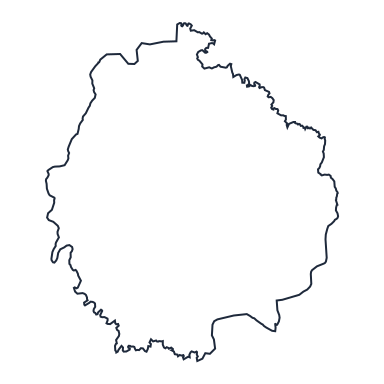 outline of Sikasso, Sikasso, Mali
{"feature_id": "8926073B43266503533040", "entity_name": "Sikasso", "entity_type": "district", "adm_level": 2, "iso_a3": "MLI", "parent_name": "Mali", "parent_adm1": "Sikasso", "projection": "robinson", "projection_center": [-5.843, 11.532], "detail": "fine", "context": "isolated", "style": "outline", "palette": "slate", "viewbox_px": 384, "rotation_deg": 0, "n_neighbors": 0, "source": "geoboundaries", "source_scale": "gbopen_adm2", "svg_char_len": 5851}
<svg xmlns="http://www.w3.org/2000/svg" viewBox="0 0 384 384"><path d="M54.9,166.6L52.8,167.1L48.4,170.0L47.4,171.1L48.7,174.1L48.6,175.3L47.4,177.6L46.1,179.2L45.9,180.8L46.6,183.8L46.9,188.7L48.6,193.6L49.7,195.3L54.4,197.7L54.6,198.6L54.1,200.0L54.2,202.8L51.9,209.8L48.1,213.2L47.1,217.6L48.8,220.1L53.3,221.8L57.8,225.8L58.8,228.2L57.5,231.8L57.6,234.0L58.9,237.4L56.0,242.5L55.6,244.0L55.7,246.0L53.7,249.1L52.4,252.1L51.4,258.9L51.6,260.2L53.0,262.3L54.4,262.6L56.2,260.5L57.3,258.1L58.2,252.9L60.3,249.3L64.2,247.4L66.6,245.6L69.4,245.1L72.1,247.0L72.6,249.1L71.9,251.2L70.6,252.8L70.7,257.3L69.3,260.2L69.4,263.9L70.5,265.1L71.0,267.0L72.8,269.9L73.9,270.5L75.6,269.9L76.6,271.1L77.9,273.8L78.2,275.6L80.9,280.7L77.8,287.6L76.6,288.3L74.7,287.4L73.9,287.9L75.1,291.6L77.4,293.7L82.6,293.1L84.5,293.8L85.9,294.9L87.0,297.5L87.0,299.0L87.6,300.3L84.1,302.6L84.3,304.7L85.0,305.4L89.5,302.7L90.5,301.7L92.7,301.9L94.4,302.8L95.0,303.6L95.2,306.8L93.8,309.1L93.5,311.0L94.1,312.4L95.3,312.9L96.2,314.5L97.5,314.2L98.1,312.4L101.0,309.7L101.9,310.3L102.2,310.9L100.2,315.1L100.6,316.7L102.2,317.2L104.5,317.1L107.5,318.6L107.7,320.1L106.5,323.3L107.6,323.9L110.1,324.1L114.9,320.6L115.3,323.3L116.3,324.3L118.1,324.0L118.7,325.7L116.3,327.9L117.1,329.9L118.6,330.9L119.3,333.9L118.9,336.0L116.1,340.0L116.8,343.4L115.9,343.9L115.0,345.9L115.3,350.5L116.1,351.3L116.3,352.5L117.7,351.7L118.6,349.7L121.5,345.9L123.0,347.5L122.8,350.5L123.7,351.6L126.3,351.5L129.7,349.6L129.8,348.6L128.3,347.6L128.1,346.7L128.7,345.8L130.1,345.9L130.9,346.6L133.1,346.5L134.3,346.9L135.2,349.3L135.9,350.3L137.2,349.9L139.1,350.1L140.9,348.2L142.9,348.4L145.0,351.1L146.5,351.7L147.8,349.0L148.3,346.1L150.5,346.6L150.9,344.0L149.5,342.5L151.0,339.3L153.1,341.4L156.1,340.5L157.0,341.5L158.2,341.6L159.1,341.1L161.9,341.4L162.8,341.1L162.8,344.7L164.0,347.5L165.4,348.3L166.7,347.2L168.5,348.0L168.9,348.7L171.2,347.6L172.9,349.0L172.8,349.8L171.6,350.3L173.9,351.5L174.8,354.2L177.4,354.6L178.0,356.3L179.7,355.0L181.5,355.6L183.3,355.1L183.8,356.0L183.0,357.3L183.7,359.3L188.2,356.7L189.7,357.3L189.4,354.7L190.6,352.3L191.6,351.4L194.7,352.5L196.5,351.6L197.0,352.1L196.8,354.6L197.8,356.5L196.7,357.8L197.3,361.0L202.4,358.7L205.3,353.2L209.9,353.8L215.1,348.6L213.9,339.4L211.9,335.4L212.5,324.7L214.2,321.2L217.4,319.4L233.8,315.5L246.8,314.1L250.1,316.0L252.5,317.8L254.3,318.3L256.4,320.3L261.6,324.0L262.6,324.4L264.0,326.0L266.2,327.5L272.1,330.8L275.2,331.2L275.6,327.8L275.1,323.3L276.6,325.8L276.5,325.4L277.4,324.3L278.9,321.4L279.6,317.7L279.2,315.0L277.4,310.3L276.7,300.5L282.3,299.8L299.3,294.8L303.4,291.6L307.2,289.6L310.1,286.6L311.3,283.9L310.8,274.0L311.1,271.8L312.0,270.2L317.0,266.3L324.0,263.5L325.0,262.9L325.9,261.6L326.7,257.8L325.5,239.3L325.8,234.5L327.3,228.8L328.3,226.0L331.5,223.8L334.1,221.2L334.9,219.8L336.7,218.8L337.6,217.8L338.1,216.2L337.5,213.3L335.9,210.4L336.1,207.5L336.8,205.0L337.4,204.8L335.9,200.1L336.2,199.7L336.3,197.6L336.8,196.5L337.2,193.8L337.7,193.3L337.6,192.4L336.3,190.6L335.8,188.5L334.7,186.8L334.3,181.4L332.5,179.0L330.9,177.7L330.6,175.9L328.8,174.6L327.3,174.9L324.6,174.6L321.8,175.4L320.7,174.6L320.7,174.2L318.3,172.6L318.0,169.3L319.2,168.2L320.1,166.4L320.4,164.3L321.8,162.5L323.9,157.2L323.7,153.5L322.9,151.6L323.8,149.9L324.1,146.3L325.0,144.1L325.2,140.5L324.7,138.9L324.9,137.4L324.1,137.0L322.8,137.4L321.6,138.4L319.6,137.6L318.3,136.4L319.6,135.4L319.8,134.5L319.1,134.0L318.4,131.8L316.9,132.2L315.5,130.2L313.4,129.9L311.1,127.5L310.3,128.4L309.1,128.3L308.7,127.6L307.7,128.1L307.0,126.6L306.4,126.7L305.2,129.0L304.8,127.7L303.5,127.9L303.3,126.9L302.2,125.7L300.8,125.9L299.8,124.2L299.0,123.9L298.0,124.5L297.1,123.6L295.6,123.3L294.8,122.7L294.9,122.0L293.4,122.0L289.0,123.9L287.4,127.4L286.7,125.0L287.0,123.3L284.9,121.2L285.9,119.6L285.8,116.1L284.2,115.9L283.4,115.3L281.0,115.3L277.4,113.3L278.2,110.5L277.5,109.1L275.5,108.9L274.5,108.1L273.4,108.5L273.3,109.5L272.1,109.1L271.2,107.7L272.2,105.9L271.4,104.6L273.4,102.3L273.7,100.1L272.3,98.1L270.7,96.9L268.7,97.3L267.7,96.5L268.3,94.8L269.5,93.4L269.0,91.9L264.9,90.1L264.1,87.6L263.3,87.1L261.9,87.1L259.6,88.0L259.1,87.1L259.7,86.0L259.6,84.4L255.5,82.0L254.4,82.6L254.2,84.0L255.2,85.2L255.1,85.8L253.8,86.2L252.1,86.0L250.7,85.1L249.0,86.4L247.1,86.7L246.9,85.4L247.4,85.3L249.2,83.7L248.9,81.2L247.4,78.1L245.3,77.5L244.4,79.2L244.8,80.5L244.3,82.8L242.3,82.7L242.1,79.9L239.8,74.8L239.0,74.5L236.6,75.0L233.3,77.0L233.0,74.0L232.3,72.6L230.8,66.1L231.3,64.1L230.0,63.7L227.6,65.9L226.9,67.3L225.8,67.7L220.5,66.7L219.0,64.9L218.1,65.1L216.5,66.7L213.8,67.4L212.3,68.3L211.6,68.4L209.2,67.3L204.4,68.6L202.2,66.5L202.5,64.4L199.3,60.6L197.8,59.7L197.2,58.4L197.9,57.2L196.9,54.5L198.2,52.0L201.1,50.3L202.4,50.2L205.1,52.7L206.0,52.8L207.3,52.1L207.2,51.7L205.6,50.8L205.1,49.7L205.2,49.0L206.3,47.9L208.1,47.9L209.0,43.7L211.8,43.1L212.8,43.2L214.1,44.3L215.1,40.5L214.3,40.1L212.7,40.4L211.3,40.1L211.8,38.5L210.0,36.5L209.0,34.6L207.2,33.2L205.6,34.2L203.8,32.4L202.6,33.6L201.8,33.6L199.3,32.1L197.8,32.3L194.2,30.2L190.8,30.7L190.2,28.6L191.8,25.6L190.8,24.4L188.9,23.4L188.3,23.7L187.5,25.8L186.9,25.6L185.7,23.5L185.0,23.2L184.0,23.3L182.8,25.7L182.2,26.3L181.6,26.1L181.2,25.3L181.6,24.0L181.1,23.2L179.8,23.0L177.2,24.5L176.4,41.3L163.5,41.7L149.9,44.4L141.7,43.1L136.6,49.9L137.8,60.9L134.4,64.0L128.3,63.8L120.1,54.0L106.7,54.4L100.3,59.6L99.2,62.2L98.3,62.5L98.3,63.0L95.3,66.2L91.1,72.0L90.2,74.5L90.6,76.7L92.4,80.4L92.3,83.6L94.2,88.3L93.6,90.1L94.1,92.1L95.6,94.4L94.8,97.9L92.2,100.6L90.4,103.3L89.8,105.8L88.6,107.5L85.8,113.3L83.0,116.5L82.6,118.5L82.8,119.9L80.2,123.4L79.0,126.1L78.7,129.0L77.5,133.9L76.1,134.4L71.8,139.1L68.7,146.6L67.8,149.5L68.2,151.2L69.1,153.0L68.1,155.7L68.4,158.4L67.7,160.3L64.6,165.2L59.7,166.4L54.9,166.6Z" fill="none" stroke="#1e293b" stroke-width="2"/></svg>